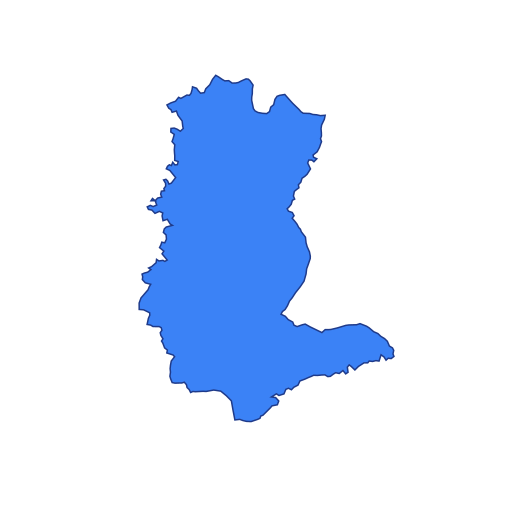 Buriti Alegre, Goiás, Brazil (Mercator projection), rotated 224°
{"feature_id": "56859067B76580178094569", "entity_name": "Buriti Alegre", "entity_type": "district", "adm_level": 2, "iso_a3": "BRA", "parent_name": "Brazil", "parent_adm1": "Goiás", "projection": "mercator", "projection_center": [-49.002, -18.136], "detail": "fine", "context": "isolated", "style": "filled", "palette": "blue", "viewbox_px": 512, "rotation_deg": 224, "n_neighbors": 0, "source": "geoboundaries", "source_scale": "gbopen_adm2", "svg_char_len": 4275}
<svg xmlns="http://www.w3.org/2000/svg" viewBox="0 0 512 512"><g transform="rotate(224 256 256)"><path d="M338.8,391.5L347.5,392.2L350.6,388.0L351.8,385.5L351.2,381.9L348.4,377.1L348.8,373.3L346.6,369.3L347.2,365.9L350.4,363.2L354.3,360.6L357.5,359.7L360.2,360.2L367.3,365.0L369.5,367.4L371.5,370.3L374.7,373.7L376.8,376.9L381.9,377.9L384.3,377.9L386.2,376.5L387.5,373.4L388.4,371.1L389.2,368.6L390.8,366.3L393.3,363.8L397.4,363.2L400.1,360.3L402.8,359.6L407.4,358.8L410.5,358.0L410.0,352.9L408.2,347.1L408.3,341.4L406.7,337.6L409.0,334.6L412.3,334.8L415.3,335.4L419.2,333.6L417.5,331.2L415.7,327.8L415.5,325.3L417.5,323.8L419.5,317.2L421.9,316.4L421.4,311.4L423.6,307.0L425.0,302.8L421.4,301.7L418.8,302.2L416.2,301.1L413.9,305.0L409.9,303.0L405.9,302.3L402.9,301.8L398.8,298.4L396.9,297.2L397.1,293.2L400.9,292.4L403.7,291.2L405.8,288.7L403.4,286.0L399.3,286.7L397.1,282.7L395.9,280.0L391.7,279.6L388.6,275.7L386.1,273.4L384.1,271.7L380.9,268.3L377.6,269.9L376.0,267.1L377.6,265.2L381.0,265.6L379.7,262.3L381.7,261.4L382.0,259.1L381.1,256.4L377.4,257.7L368.3,256.6L367.5,249.6L368.6,247.3L371.7,248.6L374.1,248.6L375.3,246.5L371.6,245.5L369.5,243.5L369.1,240.5L367.2,239.4L369.1,236.9L367.5,234.2L364.7,232.9L367.0,229.4L367.0,225.7L362.8,223.7L364.3,220.1L367.2,219.0L368.4,215.8L365.7,214.8L362.8,216.7L358.3,216.5L356.5,221.0L353.0,222.2L351.4,219.6L347.4,216.8L345.3,220.8L339.9,219.4L337.4,220.0L340.7,214.5L340.8,211.8L339.0,208.6L335.3,208.7L332.1,205.9L330.8,202.1L333.4,200.5L332.2,198.1L331.2,195.0L325.7,195.5L325.1,192.3L317.1,191.4L317.8,188.8L319.9,188.2L322.4,185.0L325.2,184.5L323.2,181.8L323.7,175.9L324.9,172.8L322.1,173.2L322.7,169.1L324.5,166.1L325.4,163.8L323.0,162.3L321.4,160.1L317.0,159.8L312.1,162.5L311.4,159.6L310.2,156.8L309.6,146.0L307.4,141.0L302.9,136.4L299.5,139.2L293.1,141.3L291.3,139.7L290.1,136.4L286.8,131.1L283.8,133.1L281.1,133.7L276.6,138.0L274.4,138.6L272.1,137.2L271.6,134.3L269.3,132.8L265.4,131.8L264.9,129.2L262.5,128.6L257.9,126.4L254.4,126.8L252.8,124.3L250.3,125.5L246.9,127.2L244.6,127.0L244.0,121.6L241.7,118.1L239.5,115.3L236.8,113.0L234.4,109.7L232.0,108.3L228.4,106.7L225.9,108.3L223.9,110.4L221.1,113.2L219.9,115.4L216.6,115.1L214.2,113.5L211.3,113.5L208.2,112.4L207.3,114.7L205.4,116.2L200.0,122.0L197.8,123.9L193.3,130.2L187.5,134.3L180.3,134.9L173.1,134.7L165.4,129.1L157.3,123.4L154.2,127.2L151.2,128.5L148.0,130.4L144.5,133.5L141.3,139.7L140.4,142.0L141.4,144.2L140.4,146.3L140.2,156.7L140.4,159.3L137.3,163.8L138.9,167.5L143.5,167.8L147.0,165.3L145.6,171.0L142.6,171.6L140.1,176.2L141.9,180.8L140.8,183.4L137.6,184.4L137.6,187.9L136.1,192.3L137.6,196.6L135.3,201.4L133.8,205.2L132.6,207.8L131.7,210.2L128.9,212.7L126.1,216.0L123.8,218.4L120.6,219.1L118.9,221.1L118.3,224.9L117.6,227.4L114.5,229.3L113.9,234.0L109.6,233.5L109.0,236.3L113.1,239.5L113.3,242.4L110.9,242.7L105.7,242.7L105.6,247.8L104.7,251.5L104.1,254.1L101.4,256.8L101.6,259.1L98.9,261.1L97.1,264.0L94.5,265.9L97.4,271.8L93.8,272.3L90.1,271.4L89.9,274.3L87.5,276.1L87.0,279.6L89.4,280.7L91.4,283.8L94.0,284.7L97.5,283.9L102.3,285.9L106.0,285.9L110.5,284.9L114.4,284.9L118.7,283.3L124.8,282.9L127.7,282.3L134.2,279.6L135.9,276.4L141.3,270.9L143.2,268.5L147.5,260.8L151.0,255.3L152.6,253.5L155.1,251.1L155.4,246.7L167.9,242.6L173.3,241.2L174.8,238.9L177.4,233.8L180.6,232.6L183.7,234.0L188.7,232.6L193.0,233.0L197.5,231.5L198.4,234.4L197.9,237.8L198.8,242.0L200.6,246.9L200.9,250.8L202.1,257.1L202.8,264.5L204.0,271.3L207.5,277.8L210.7,282.0L212.1,285.2L215.2,291.8L216.8,293.6L220.4,296.1L225.6,298.2L229.2,300.3L233.5,303.9L240.2,304.9L242.7,306.1L245.1,306.2L248.6,307.4L251.9,307.9L256.2,308.3L256.6,311.4L260.1,312.5L263.8,310.8L266.4,311.6L266.3,314.3L266.6,317.7L268.5,321.3L267.7,323.8L270.7,325.1L273.3,329.1L273.0,331.9L272.5,334.9L275.0,336.7L275.0,340.2L276.9,343.9L276.2,347.2L276.0,350.2L277.3,356.5L283.4,358.8L284.7,361.7L282.4,363.8L279.8,364.0L279.8,368.2L283.2,367.0L285.1,368.3L284.4,373.4L285.8,378.2L287.2,381.2L288.3,383.8L291.1,385.2L292.3,387.8L294.6,390.1L297.7,392.8L299.8,395.8L301.8,401.8L304.0,405.3L307.2,401.7L310.5,399.7L313.4,397.3L316.3,395.9L321.2,391.5L323.9,391.0L327.0,391.3L335.6,391.3L338.8,391.5ZM367.0,225.7L370.4,225.5L369.9,222.8L367.0,225.7Z" fill="#3b82f6" stroke="#1e3a8a" stroke-width="1.5"/></g></svg>